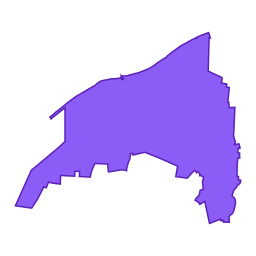 outline of Hunucmá, Yucatán, Mexico
{"feature_id": "50627088B21160446054995", "entity_name": "Hunucmá", "entity_type": "district", "adm_level": 2, "iso_a3": "MEX", "parent_name": "Mexico", "parent_adm1": "Yucatán", "projection": "natural_earth1", "projection_center": [-89.972, 21.073], "detail": "fine", "context": "isolated", "style": "filled", "palette": "violet", "viewbox_px": 256, "rotation_deg": 0, "n_neighbors": 0, "source": "geoboundaries", "source_scale": "gbopen_adm2", "svg_char_len": 4974}
<svg xmlns="http://www.w3.org/2000/svg" viewBox="0 0 256 256"><path d="M231.4,214.3L231.5,214.3L232.6,213.2L233.0,212.6L234.0,210.1L235.0,205.8L235.5,203.3L235.5,201.9L235.0,199.0L234.1,197.7L232.0,195.6L233.2,192.2L233.4,190.8L234.7,189.3L235.6,188.4L236.6,186.8L238.0,184.9L239.6,183.8L240.5,182.2L240.6,180.1L238.5,180.0L238.5,176.5L237.0,176.2L237.0,174.8L237.2,163.3L237.7,160.0L238.0,157.9L239.7,158.0L239.6,152.9L237.7,152.6L238.4,148.2L239.9,148.3L239.9,148.1L239.9,147.2L239.7,146.4L239.3,145.0L238.9,143.8L234.7,144.7L235.5,141.9L235.3,141.8L233.4,135.3L233.4,135.1L233.7,134.2L233.7,134.3L234.9,107.3L229.3,107.7L228.7,102.1L227.8,102.2L228.5,95.3L228.6,94.8L229.3,87.5L226.4,87.0L226.8,84.0L221.6,83.1L222.1,77.6L219.5,76.4L208.2,71.1L208.6,55.6L209.1,37.9L210.3,38.1L209.8,36.2L208.7,32.6L206.8,33.2L206.6,33.3L205.5,33.8L204.4,34.2L203.8,34.4L202.9,34.6L202.3,34.9L201.6,35.1L200.4,35.6L199.8,35.9L199.0,36.3L197.8,36.8L196.9,37.2L196.1,37.7L196.1,37.8L196.3,37.8L196.6,37.8L196.8,37.7L196.9,37.8L197.0,38.0L197.1,38.3L196.9,38.3L196.7,38.3L196.4,38.1L196.2,38.0L195.8,38.2L195.4,38.2L195.1,38.2L194.8,38.3L194.6,38.5L194.2,38.8L193.9,38.9L193.7,39.0L193.4,39.2L193.1,39.2L192.5,39.5L192.2,39.7L191.9,39.8L191.6,39.9L191.4,40.0L191.1,40.2L190.9,40.3L190.6,40.5L190.1,40.8L189.2,41.2L188.5,41.7L187.5,42.2L186.7,42.7L185.7,43.3L184.9,43.7L183.8,44.3L183.1,44.6L182.5,45.0L180.8,45.9L178.7,47.3L178.6,47.5L178.2,47.7L177.9,47.9L176.9,48.6L175.6,49.6L174.3,50.6L173.7,51.0L173.2,51.4L172.7,51.7L172.2,52.1L171.6,52.5L170.7,53.2L169.6,54.1L169.4,54.3L168.9,54.7L168.2,55.2L167.9,55.4L167.8,55.6L167.3,55.9L166.7,56.6L166.7,56.9L166.1,57.3L164.8,58.0L163.2,59.0L162.5,59.4L162.1,59.7L161.4,60.2L159.9,61.2L158.9,61.8L157.9,62.5L156.8,63.3L155.3,64.5L152.2,66.7L151.3,67.2L151.3,67.3L150.9,67.5L150.3,67.8L149.1,68.4L148.2,68.8L147.1,69.3L146.6,69.6L145.9,69.8L144.8,70.3L144.3,70.5L144.0,70.6L143.6,70.8L142.4,71.3L141.7,71.5L140.7,71.9L138.8,72.6L138.0,72.8L137.5,73.0L136.7,73.2L135.6,73.4L134.2,73.8L133.3,74.1L132.8,74.2L131.3,74.6L129.7,74.9L129.3,75.0L129.2,75.1L128.8,75.3L128.4,75.4L127.8,75.6L126.6,75.8L125.8,75.9L124.3,76.0L122.6,75.9L121.3,75.8L121.2,75.7L121.3,76.3L121.4,76.8L121.6,77.2L121.6,77.3L121.6,77.6L121.6,77.8L121.7,78.1L121.7,78.3L121.8,78.3L122.0,78.3L122.3,78.3L122.6,78.2L122.9,78.2L123.0,78.1L123.3,78.3L123.1,78.4L122.9,78.4L122.8,78.5L123.0,79.2L122.8,79.2L122.7,78.6L122.6,78.4L122.3,78.5L122.5,79.4L122.3,79.4L122.1,78.6L121.7,78.6L121.8,78.7L121.9,79.3L121.6,79.3L121.5,79.2L121.5,78.8L121.4,78.7L121.5,78.6L121.4,78.5L121.4,78.4L121.4,78.2L121.3,77.7L121.2,77.7L121.1,76.9L121.1,76.5L121.0,76.9L121.0,77.6L119.5,78.1L118.6,78.3L118.1,78.3L117.5,78.4L117.0,78.5L115.9,78.6L114.7,78.7L111.8,78.8L110.7,78.9L110.2,79.0L109.9,79.1L109.5,79.2L108.9,79.4L108.1,79.6L107.4,79.7L106.7,79.8L105.8,80.0L105.5,80.0L105.2,80.1L104.6,80.2L104.3,80.2L103.8,80.4L103.2,80.4L103.0,80.5L101.1,81.0L99.6,81.6L99.4,81.7L98.9,82.1L98.6,82.5L98.4,82.6L98.0,82.9L97.8,83.1L97.5,83.3L97.4,83.4L97.2,83.5L96.7,83.8L96.2,84.2L96.0,84.5L95.8,84.7L95.6,85.0L94.8,85.6L93.6,86.2L92.0,87.1L90.1,88.2L88.5,89.1L86.9,90.1L80.3,94.0L77.8,95.3L75.9,96.5L74.5,97.5L73.0,98.7L72.3,99.2L72.0,99.4L71.4,99.8L70.9,100.2L70.2,100.7L69.6,101.1L69.0,101.6L67.3,102.8L66.3,103.7L65.6,104.4L63.5,106.1L61.5,107.7L60.4,108.6L59.7,109.2L58.1,110.4L57.2,111.0L55.2,112.6L54.1,113.6L52.6,115.0L51.5,115.9L49.9,117.0L51.0,118.9L65.0,107.7L65.0,141.6L56.7,149.1L31.3,170.3L15.4,205.8L31.7,208.1L37.7,198.9L43.7,187.0L46.2,187.8L48.5,182.2L53.0,183.2L60.3,184.1L60.6,175.4L64.2,175.7L74.7,176.2L75.0,171.2L79.6,171.4L79.3,176.5L90.2,177.1L91.5,171.4L91.9,170.3L94.8,163.5L107.6,164.0L107.7,165.3L108.5,171.9L110.1,171.7L110.5,171.6L120.0,170.1L123.0,169.8L124.0,170.2L126.6,170.7L126.7,169.1L126.9,167.6L128.2,162.9L128.4,162.5L129.8,159.2L130.5,153.6L133.1,153.5L133.0,155.0L134.5,154.7L140.8,153.2L144.9,152.3L154.6,156.2L159.9,158.3L164.4,160.3L166.0,161.0L167.9,161.8L169.1,162.4L169.6,162.6L176.5,165.6L177.5,166.0L177.1,168.9L175.8,176.6L176.4,176.7L177.7,176.9L178.9,177.0L180.3,177.2L181.6,177.4L182.0,177.4L182.9,177.6L184.3,177.8L187.1,178.2L188.2,177.1L191.3,173.7L193.2,171.7L194.9,170.4L195.2,170.7L195.4,171.0L195.6,171.3L195.9,171.7L196.3,172.1L196.7,172.8L197.7,171.7L198.3,171.9L198.3,172.0L198.6,172.3L198.9,172.6L199.2,173.0L199.9,174.1L199.7,175.7L201.3,175.7L201.4,175.8L203.5,177.1L203.5,177.3L203.3,178.3L203.0,179.6L202.7,180.9L202.5,182.2L202.6,183.4L202.7,184.4L202.9,185.7L203.0,186.9L203.2,188.1L203.3,189.2L203.3,189.3L200.1,190.3L199.9,191.6L199.6,193.2L199.3,194.4L198.9,195.4L197.5,196.9L196.0,198.5L195.9,198.7L195.5,199.5L195.2,200.3L198.8,202.6L198.9,202.8L199.0,202.8L199.0,203.0L199.2,203.3L199.4,203.4L199.4,203.7L199.8,204.4L200.5,204.1L201.3,203.4L204.8,201.4L209.5,223.4L220.7,219.1L220.8,220.7L222.7,220.7L222.7,220.4L223.5,220.4L223.5,222.2L229.3,222.2L229.0,216.5L231.4,214.3Z" fill="#8b5cf6" stroke="#5b21b6" stroke-width="1.5"/></svg>